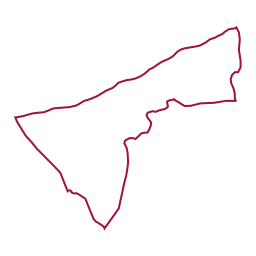 Ras Al Ain, Hasaka (Al Haksa), Syria (Albers equal-area conic projection)
{"feature_id": "27442178B16567144851356", "entity_name": "Ras Al Ain", "entity_type": "district", "adm_level": 2, "iso_a3": "SYR", "parent_name": "Syria", "parent_adm1": "Hasaka (Al Haksa)", "projection": "albers", "projection_center": [39.989, 36.654], "detail": "fine", "context": "isolated", "style": "outline", "palette": "rose", "viewbox_px": 256, "rotation_deg": 0, "n_neighbors": 0, "source": "geoboundaries", "source_scale": "gbopen_adm2", "svg_char_len": 3044}
<svg xmlns="http://www.w3.org/2000/svg" viewBox="0 0 256 256"><path d="M235.6,100.9L235.5,100.5L234.8,97.8L234.7,93.1L233.5,88.4L231.2,83.1L230.7,79.2L231.4,76.9L232.0,75.0L235.1,72.1L238.1,72.1L239.5,69.4L240.6,67.2L240.6,61.2L239.5,53.5L238.9,50.0L239.2,46.6L239.8,39.4L239.1,34.1L238.8,32.2L238.4,31.4L236.4,27.5L236.0,27.8L234.4,28.4L233.9,28.6L230.4,28.9L228.1,29.7L225.1,31.7L224.7,31.9L223.0,33.5L222.3,34.0L217.2,36.4L215.4,37.5L210.7,39.1L209.6,39.5L206.1,42.3L199.7,45.6L197.3,46.2L192.1,47.1L191.9,47.1L184.8,48.3L181.3,49.4L180.7,49.6L177.5,51.6L177.3,51.8L175.9,53.2L174.3,54.9L173.5,55.7L171.5,57.2L170.1,58.0L169.5,58.3L168.6,58.8L167.9,59.2L166.2,59.9L163.4,61.1L162.3,61.7L161.0,62.2L160.9,62.3L155.4,66.0L152.5,68.0L149.3,69.4L148.6,70.1L145.4,73.1L144.5,73.7L142.6,74.9L142.3,75.1L141.7,75.5L140.1,76.5L139.6,76.7L135.6,78.4L135.3,78.6L134.5,78.7L133.6,78.9L131.3,79.5L126.8,80.1L123.9,81.0L120.8,81.9L118.7,82.6L117.7,83.3L117.5,83.5L117.4,83.6L116.2,85.1L115.2,85.9L114.0,86.8L112.5,88.0L112.3,88.1L109.6,89.2L108.2,89.8L106.7,90.4L106.5,90.5L106.3,90.6L106.1,90.7L104.7,91.5L103.3,92.4L103.0,92.6L101.5,93.5L96.8,96.3L93.7,97.6L90.7,98.9L83.9,101.0L81.6,102.4L80.1,103.3L79.3,103.8L77.8,104.7L76.5,105.3L75.3,105.8L73.5,106.2L72.0,106.5L70.9,106.8L69.2,107.1L54.2,108.3L53.4,108.5L52.3,108.8L49.1,110.2L46.4,111.3L45.4,111.7L45.0,111.8L43.9,112.3L42.1,112.4L38.3,112.7L37.1,112.8L35.1,113.1L34.3,113.2L32.3,113.5L31.8,113.6L25.8,115.3L22.8,116.2L19.3,116.8L15.7,117.4L15.4,117.4L16.9,121.4L22.3,130.3L26.0,136.1L31.7,142.3L36.7,148.6L44.7,156.6L49.0,161.0L55.3,167.4L60.4,172.9L67.6,191.2L67.8,191.0L67.8,190.9L68.0,190.8L68.1,190.7L68.3,190.7L68.5,190.5L68.8,190.4L69.0,190.4L69.3,190.4L69.5,190.4L69.8,190.4L70.0,190.5L70.3,190.5L70.5,190.7L70.7,190.8L70.8,190.9L70.9,191.0L71.0,191.0L71.2,191.3L71.2,191.5L71.3,191.5L71.4,191.8L71.5,191.9L71.5,192.0L71.8,192.3L71.9,192.5L72.0,192.5L72.3,192.7L72.3,192.8L72.5,192.9L72.6,193.0L72.8,193.1L73.0,193.2L73.2,193.3L73.3,193.3L73.5,193.3L73.8,193.4L74.0,193.4L74.3,193.4L74.5,193.4L74.8,193.4L75.0,193.4L75.3,193.3L75.5,193.2L75.8,193.2L75.9,193.3L76.0,193.3L76.3,193.3L76.5,193.3L76.8,193.4L76.9,193.5L77.0,193.5L77.3,193.6L77.5,193.7L77.7,193.8L77.8,193.8L84.5,198.1L85.1,198.5L85.3,198.6L93.4,218.6L95.4,221.2L101.5,225.0L103.7,226.6L104.5,228.5L105.7,226.8L106.5,225.7L115.9,212.5L116.4,211.8L118.8,208.3L124.0,184.2L124.5,182.0L125.8,177.1L126.5,174.1L127.8,165.3L128.1,162.5L128.0,160.6L127.6,152.7L126.5,147.5L124.3,143.3L125.1,140.6L129.6,138.1L132.9,138.1L135.4,139.0L136.0,138.5L138.1,136.6L140.9,133.8L141.5,133.3L143.9,132.7L147.2,132.7L148.5,130.9L149.0,130.1L150.9,125.1L151.2,122.6L147.8,117.9L146.5,115.2L147.7,112.7L152.4,111.2L155.8,111.8L158.9,110.5L159.6,110.2L160.9,109.9L164.6,109.1L167.4,107.4L167.9,105.9L167.2,103.2L167.1,101.7L167.6,101.1L169.8,100.3L170.2,100.2L170.7,100.1L174.3,99.3L174.7,100.1L178.2,102.0L182.1,104.5L184.6,106.0L190.8,105.8L200.2,103.4L214.1,102.8L225.5,100.9L235.6,100.9Z" fill="none" stroke="#9f1239" stroke-width="2"/></svg>